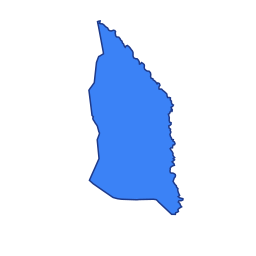 América Dourada, Bahia, Brazil (Robinson projection), rotated 311°
{"feature_id": "56859067B30516814482905", "entity_name": "América Dourada", "entity_type": "district", "adm_level": 2, "iso_a3": "BRA", "parent_name": "Brazil", "parent_adm1": "Bahia", "projection": "robinson", "projection_center": [-41.478, -11.399], "detail": "fine", "context": "isolated", "style": "filled", "palette": "blue", "viewbox_px": 256, "rotation_deg": 311, "n_neighbors": 0, "source": "geoboundaries", "source_scale": "gbopen_adm2", "svg_char_len": 2834}
<svg xmlns="http://www.w3.org/2000/svg" viewBox="0 0 256 256"><g transform="rotate(311 128 128)"><path d="M189.4,35.8L188.3,35.2L187.1,36.7L185.3,39.1L169.2,59.4L167.9,60.8L163.9,59.5L162.7,59.0L161.0,59.6L156.8,61.2L140.1,72.8L135.2,73.3L133.3,73.4L130.9,73.7L119.4,86.5L113.9,92.6L113.7,94.5L112.4,94.9L111.5,96.1L110.9,98.3L110.4,99.7L110.1,100.8L109.8,102.2L109.3,103.7L108.2,105.3L107.0,107.1L106.1,108.4L105.6,109.7L104.5,110.4L98.9,112.5L85.9,126.2L78.2,128.6L76.6,129.1L68.0,131.7L63.2,133.2L63.1,138.3L63.9,145.8L64.6,152.3L65.6,160.9L65.8,162.4L67.8,166.5L69.5,169.1L70.3,170.2L71.0,171.1L79.7,181.8L81.3,183.3L90.9,193.9L92.5,196.4L92.4,198.1L92.2,199.7L91.5,217.6L92.7,219.0L93.9,220.4L95.3,219.6L97.0,220.5L98.1,220.8L99.1,219.2L100.7,219.2L102.3,219.7L103.7,220.2L104.0,218.5L105.0,216.6L105.1,214.5L106.4,214.2L107.4,215.1L108.2,216.0L109.8,216.6L110.7,215.8L110.0,214.5L109.2,212.7L109.1,210.9L111.0,211.2L111.9,209.1L113.0,207.2L113.9,206.1L115.0,205.5L115.2,203.4L116.1,202.4L116.2,200.8L116.6,199.1L117.3,197.0L119.4,196.2L120.5,195.7L121.9,195.7L123.1,195.2L123.9,194.2L123.8,192.7L123.4,191.4L122.6,190.6L122.1,189.3L123.1,187.8L124.3,187.2L125.2,186.3L126.5,186.0L127.7,186.2L129.0,186.7L130.3,187.5L131.2,186.1L131.4,183.5L132.8,183.8L134.5,184.0L134.5,182.3L136.3,182.6L136.4,181.2L137.0,179.6L138.4,178.6L139.1,176.9L139.5,174.9L140.0,173.4L141.1,173.4L142.2,174.6L143.4,173.7L144.9,173.2L145.9,174.1L147.0,173.8L147.9,172.2L147.7,170.3L148.9,169.8L148.1,168.4L148.9,167.4L149.5,165.6L150.7,163.8L151.8,163.5L153.1,163.0L153.8,161.5L155.0,160.9L155.0,158.9L156.3,157.4L157.4,157.9L159.0,158.1L160.3,157.0L159.7,155.7L160.8,154.0L162.0,153.1L163.0,152.3L164.0,150.8L164.9,149.4L166.2,149.9L167.5,149.2L168.5,149.7L169.8,148.9L169.8,150.1L170.8,149.5L171.2,148.1L171.9,146.9L173.6,147.5L175.1,147.2L174.9,145.4L175.7,144.0L176.8,143.1L176.8,141.9L177.6,141.0L178.6,140.2L178.1,139.1L177.0,137.9L177.8,136.5L179.1,135.0L179.3,133.1L179.3,131.0L179.2,129.5L179.4,127.9L178.7,127.0L177.8,126.0L178.5,125.0L179.7,124.3L181.2,124.1L182.1,122.5L181.6,120.9L180.4,121.0L180.9,119.2L181.1,117.1L180.8,115.5L181.5,114.4L180.7,112.9L181.6,111.3L183.2,110.2L184.4,108.7L184.7,106.7L183.6,105.2L183.3,103.8L183.3,102.0L184.4,100.4L185.7,99.6L186.5,98.5L186.5,96.5L186.2,95.2L184.8,95.4L183.8,94.7L185.3,93.1L186.0,91.3L186.2,89.4L185.3,88.4L184.7,86.2L185.6,84.6L187.1,83.3L188.3,82.2L189.0,80.8L189.3,79.0L189.8,77.1L190.0,75.5L189.9,73.4L188.5,72.7L187.1,72.9L187.5,71.2L188.5,69.5L188.6,67.9L189.6,66.5L189.6,64.7L190.2,63.5L190.5,61.5L189.2,59.5L189.7,57.8L190.6,57.0L191.3,55.9L192.5,55.5L192.9,54.2L192.3,52.9L190.5,51.9L189.6,50.8L189.2,49.2L190.1,47.0L189.8,45.1L189.8,43.9L190.0,42.1L189.8,40.4L188.7,38.9L188.2,37.7L189.5,37.4L190.5,36.7L189.4,35.8Z" fill="#3b82f6" stroke="#1e3a8a" stroke-width="1.5"/></g></svg>